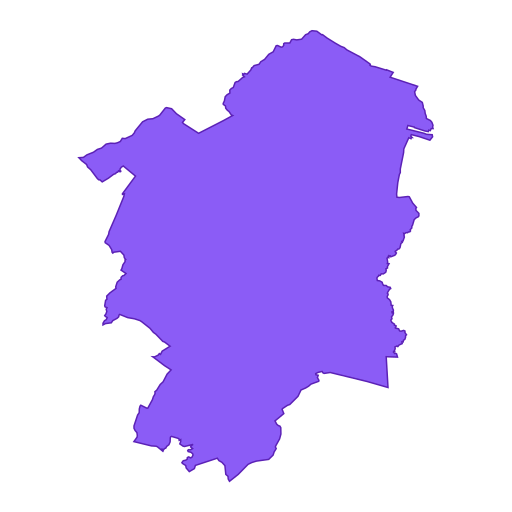 Leleasca, Olt, Romania
{"feature_id": "2599482B75677688782662", "entity_name": "Leleasca", "entity_type": "district", "adm_level": 2, "iso_a3": "ROU", "parent_name": "Romania", "parent_adm1": "Olt", "projection": "albers", "projection_center": [24.447, 44.768], "detail": "fine", "context": "isolated", "style": "filled", "palette": "violet", "viewbox_px": 512, "rotation_deg": 0, "n_neighbors": 0, "source": "geoboundaries", "source_scale": "gbopen_adm2", "svg_char_len": 6056}
<svg xmlns="http://www.w3.org/2000/svg" viewBox="0 0 512 512"><path d="M388.0,387.5L386.2,356.7L397.5,357.1L396.6,353.9L395.5,353.2L394.7,353.5L393.4,352.0L393.8,351.3L394.7,351.3L394.5,350.3L395.2,348.8L394.9,347.0L396.9,346.0L397.8,346.6L399.1,345.0L402.2,343.6L401.9,341.9L403.2,341.9L403.4,340.3L404.8,339.4L405.5,337.5L405.6,335.6L406.5,334.8L404.9,332.5L405.0,331.1L403.7,330.4L401.0,331.2L399.6,330.9L398.6,328.8L395.4,328.1L395.3,327.4L396.0,326.7L396.0,325.7L394.4,325.2L394.4,324.1L391.7,322.3L391.6,321.6L390.9,320.7L391.1,319.6L392.0,318.8L391.5,316.9L393.0,314.9L393.5,313.1L393.4,312.6L392.2,312.9L391.9,311.9L393.3,311.3L393.4,310.1L392.4,307.8L392.3,306.1L392.7,305.5L391.2,305.3L390.8,301.8L389.5,299.6L387.3,297.9L387.2,296.3L388.1,294.8L388.0,293.9L387.4,293.4L387.6,292.4L389.6,289.2L390.7,288.6L390.2,287.3L387.6,286.8L386.2,285.5L383.5,285.4L382.5,283.6L382.2,282.3L379.8,280.9L377.3,280.5L376.9,278.1L377.4,277.0L378.6,276.0L378.7,275.3L380.3,275.4L381.2,273.8L383.3,273.9L385.7,272.3L386.2,270.7L386.0,268.7L387.5,268.0L387.4,266.6L389.0,263.7L387.3,263.5L387.7,262.2L387.0,258.2L387.7,257.6L388.7,257.7L388.2,256.4L388.8,255.6L389.4,256.1L390.2,255.9L390.3,256.7L390.8,256.8L394.7,255.3L395.5,254.6L396.4,253.0L395.2,251.8L395.3,251.2L396.8,250.3L397.7,249.1L398.9,249.0L400.0,247.7L400.9,243.5L402.3,242.4L401.8,241.4L403.0,241.0L404.4,237.0L403.9,235.7L404.2,235.2L403.7,233.4L404.5,233.7L406.0,232.6L407.6,232.7L408.3,232.0L409.8,231.8L410.5,231.0L410.2,229.7L411.8,228.0L411.8,226.3L412.5,225.3L414.2,219.6L416.3,217.7L418.0,217.0L418.9,215.9L418.9,213.4L416.0,210.4L415.8,208.5L416.5,207.5L412.7,203.1L409.3,196.8L408.0,196.5L399.4,197.5L396.9,197.2L396.6,193.9L397.8,182.6L399.4,174.4L400.3,172.6L400.3,169.0L403.6,152.6L403.8,148.9L408.8,137.7L411.0,138.7L411.4,137.5L412.1,137.5L410.8,136.2L411.3,134.6L419.2,136.6L429.9,140.2L432.6,136.8L432.2,134.7L426.5,134.3L424.1,133.3L406.8,129.0L407.9,125.5L414.3,127.1L414.4,127.6L425.0,131.0L428.3,131.6L428.8,130.1L430.3,130.6L431.2,128.6L433.1,128.6L432.6,127.1L433.0,125.3L431.9,122.3L430.4,120.5L426.4,118.5L426.2,116.2L425.2,113.5L424.8,110.5L423.2,107.7L423.2,106.0L422.3,102.4L418.7,100.0L415.4,95.5L414.6,91.7L415.8,90.1L416.0,89.0L417.6,86.3L390.1,77.2L393.2,72.4L386.6,69.8L386.4,70.2L375.0,66.7L371.2,66.1L369.9,65.1L370.3,64.3L369.8,63.8L360.1,56.9L346.9,49.9L344.2,47.6L340.8,46.3L335.2,43.1L327.0,38.0L322.5,34.6L321.7,34.8L316.8,31.2L312.0,30.7L309.8,31.8L308.2,33.7L305.6,34.7L301.6,39.2L296.7,39.9L293.5,39.3L291.6,39.7L289.8,43.0L284.7,43.0L283.7,43.7L283.7,45.4L282.6,46.8L281.2,47.2L277.6,45.5L276.2,45.7L273.2,51.8L268.8,54.3L264.6,59.4L260.9,61.6L259.0,64.3L254.1,65.6L252.2,67.8L251.7,67.8L250.8,70.0L247.1,74.1L244.4,73.4L243.7,74.3L242.8,73.9L243.0,74.5L242.6,75.0L244.4,76.8L242.5,77.6L238.1,81.5L236.4,81.7L235.1,82.5L233.3,87.5L231.3,88.5L229.8,90.1L229.9,93.1L227.1,94.7L225.2,96.7L224.4,100.9L223.2,103.4L223.3,104.4L225.5,106.0L225.7,108.2L227.4,110.3L229.0,111.5L231.3,114.9L232.7,115.5L223.6,120.5L198.6,133.3L183.6,123.7L182.5,122.4L184.8,119.6L176.4,113.7L171.6,108.7L166.5,107.6L165.3,108.1L159.8,115.1L158.4,116.1L152.9,118.7L147.7,119.2L142.6,121.8L135.2,130.8L134.3,132.9L132.2,135.4L125.2,138.6L122.3,138.3L120.3,141.5L117.4,142.8L114.9,143.4L110.5,143.2L106.1,144.1L101.5,148.1L97.4,149.4L93.5,152.2L87.0,154.8L83.4,157.4L78.9,157.7L81.6,160.6L86.6,164.5L87.6,167.0L90.7,169.7L97.3,178.5L98.7,179.8L100.0,179.9L102.2,181.9L108.4,178.2L113.6,174.3L115.6,173.6L116.5,172.4L117.7,172.2L118.5,170.8L120.0,171.8L120.7,171.5L120.8,171.1L119.9,170.4L120.1,168.9L121.3,167.2L123.3,166.0L135.5,176.1L122.4,193.8L122.5,194.4L124.4,193.8L123.7,196.8L116.2,215.3L109.1,231.6L108.6,234.4L105.0,241.6L105.2,242.7L109.1,245.4L111.7,249.7L112.1,252.3L112.8,253.1L113.8,252.2L120.4,251.3L123.9,255.1L124.3,257.7L125.7,259.5L125.0,259.9L125.1,261.6L122.9,264.8L121.8,268.8L121.0,270.1L126.0,273.5L124.0,275.5L122.8,275.7L121.5,276.9L121.1,277.4L121.0,279.3L119.8,279.8L117.2,282.2L115.7,286.8L116.0,288.4L110.0,292.8L106.7,296.1L106.9,299.3L105.6,300.3L104.7,305.8L105.1,306.9L107.0,307.6L106.2,309.3L106.8,311.5L105.8,314.2L104.7,315.5L105.3,316.4L107.2,317.5L106.3,319.6L104.5,320.7L103.0,323.2L103.0,324.9L105.4,323.6L111.3,322.8L112.8,320.6L117.1,318.3L118.7,316.8L119.0,315.1L119.7,314.4L127.7,317.6L134.5,318.8L140.0,320.6L141.8,321.8L150.0,328.3L153.4,332.4L155.9,334.2L162.8,341.4L164.5,342.0L170.1,346.2L162.2,351.1L160.5,354.4L159.3,353.6L158.3,355.0L156.6,355.9L154.5,356.9L152.8,356.8L164.6,365.7L171.1,369.9L167.1,374.1L163.1,381.8L160.2,384.5L156.7,390.2L154.9,391.7L155.1,393.3L154.5,394.9L153.4,396.6L152.4,399.7L147.8,408.1L146.9,408.2L140.8,405.2L140.0,406.2L139.3,409.0L139.2,412.7L137.6,415.0L134.0,425.9L134.0,428.3L135.1,430.5L136.9,432.6L137.3,435.3L137.1,437.1L133.9,441.6L151.4,445.9L156.1,446.2L157.3,446.7L162.9,451.3L163.2,450.8L162.9,450.2L161.2,449.0L163.8,449.5L164.6,448.5L165.7,448.2L166.7,446.4L168.9,444.7L170.1,441.9L170.3,437.7L170.6,436.9L171.5,436.4L178.0,438.3L179.0,438.9L179.2,440.3L180.7,439.6L180.7,441.6L179.8,443.9L183.1,446.2L184.5,446.5L193.1,444.4L191.4,445.6L190.6,446.9L192.6,448.6L190.7,449.7L188.4,449.7L187.7,450.6L188.2,451.6L191.0,452.3L192.7,453.8L193.0,455.0L192.1,457.0L190.7,457.9L188.7,456.9L187.6,457.4L187.2,457.9L187.4,459.0L185.7,460.2L183.3,460.7L181.9,462.6L182.4,463.4L185.7,465.5L186.2,468.0L189.3,471.6L194.4,468.6L195.4,465.4L217.3,458.2L218.9,460.6L221.9,462.3L224.9,465.6L225.8,474.4L228.0,476.3L228.2,479.0L229.5,481.3L238.2,474.4L248.1,464.3L251.9,462.5L256.4,461.1L268.7,459.4L273.1,455.1L274.1,452.0L276.2,448.6L275.4,447.0L275.6,446.1L279.6,438.9L280.9,434.1L280.8,427.7L279.9,426.1L278.4,425.6L276.8,424.3L275.0,420.9L283.8,413.6L282.1,409.3L282.5,408.6L287.5,405.3L289.8,404.5L297.0,397.3L298.0,396.3L301.0,390.0L305.6,388.0L308.6,386.2L311.0,384.1L318.7,381.3L318.9,380.3L317.4,377.6L318.2,375.3L315.9,374.7L315.7,373.6L318.1,372.4L321.4,371.6L322.2,371.5L322.9,372.8L324.1,373.4L330.2,372.5L367.1,381.5L388.0,387.5Z" fill="#8b5cf6" stroke="#5b21b6" stroke-width="1.5"/></svg>